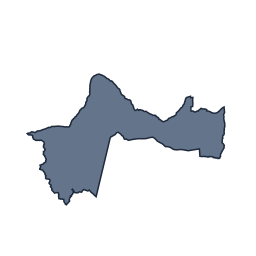 Luján de Cuyo, Mendoza, Argentina, rotated 339°
{"feature_id": "61730980B1211136539314", "entity_name": "Luján de Cuyo", "entity_type": "district", "adm_level": 2, "iso_a3": "ARG", "parent_name": "Argentina", "parent_adm1": "Mendoza", "projection": "albers", "projection_center": [-69.794, -33.006], "detail": "fine", "context": "isolated", "style": "filled", "palette": "slate", "viewbox_px": 256, "rotation_deg": 339, "n_neighbors": 0, "source": "geoboundaries", "source_scale": "gbopen_adm2", "svg_char_len": 5847}
<svg xmlns="http://www.w3.org/2000/svg" viewBox="0 0 256 256"><g transform="rotate(339 128 128)"><path d="M216.3,166.4L216.5,165.4L217.3,164.3L217.5,163.3L219.0,161.1L219.4,160.3L219.5,159.2L220.2,157.8L220.1,157.1L220.3,155.5L220.5,155.3L220.7,153.7L221.7,151.7L221.8,150.3L222.2,149.6L223.7,148.2L225.2,142.8L222.8,143.2L220.8,144.1L220.0,144.6L216.6,145.7L214.5,145.4L212.8,144.6L211.2,143.2L210.8,142.5L209.6,141.4L207.6,140.2L208.1,139.1L207.7,138.7L206.6,137.8L204.2,136.8L203.6,136.0L203.2,135.8L201.7,136.5L201.2,136.4L200.1,137.1L199.5,137.3L198.8,136.9L197.1,137.2L196.3,137.1L195.4,136.5L195.1,135.8L194.6,135.3L193.6,135.1L192.9,134.7L193.5,132.8L194.3,130.8L196.0,131.1L197.3,128.5L198.2,125.5L199.5,122.7L197.3,122.1L197.7,120.8L193.5,120.5L192.3,121.3L191.7,122.2L188.9,125.8L187.9,126.2L186.1,127.9L185.6,128.2L184.6,128.2L182.4,129.6L180.5,130.5L178.7,131.1L178.4,131.4L178.3,131.9L177.6,132.8L177.0,133.1L175.1,133.3L174.6,133.7L173.3,133.3L171.1,133.7L169.6,133.6L169.0,133.8L168.4,134.4L167.4,134.8L166.4,134.7L163.7,135.0L163.3,134.9L162.8,134.4L162.7,134.0L161.6,133.3L161.6,132.8L161.0,131.7L160.0,131.1L160.3,130.5L160.1,129.6L159.8,128.9L159.4,128.8L159.1,127.9L158.4,127.4L158.1,126.7L158.4,126.3L157.5,125.6L156.1,125.3L154.9,123.8L153.1,122.3L152.6,121.3L152.1,120.9L150.9,119.0L150.4,118.7L149.2,118.5L148.5,117.7L148.4,117.2L147.8,116.6L147.1,116.3L146.0,115.3L145.4,115.1L144.7,115.4L144.3,115.3L143.6,113.8L142.5,114.3L141.0,114.2L140.4,112.3L140.6,111.4L140.5,111.0L140.7,110.0L140.6,109.4L140.7,108.3L140.6,107.8L140.0,106.8L139.9,106.3L140.3,103.9L140.2,103.1L139.7,102.4L138.1,101.6L137.1,100.2L135.9,99.5L135.7,99.1L136.1,97.7L135.8,97.1L135.6,96.5L134.0,94.5L133.9,94.0L133.9,89.9L134.1,89.3L134.0,88.8L133.7,88.2L133.0,87.4L132.5,86.3L132.4,85.2L131.5,82.7L130.9,81.8L130.8,81.1L129.9,78.7L129.5,78.1L128.5,78.0L128.2,77.7L127.8,76.2L126.9,74.8L126.0,74.1L124.7,71.6L124.1,70.9L123.6,70.5L122.6,69.1L121.8,68.8L120.6,67.4L117.8,66.9L116.7,67.2L115.0,67.2L112.8,68.1L111.4,69.2L111.2,69.5L110.7,69.8L110.1,70.9L109.6,71.3L109.2,72.4L108.5,73.2L108.1,73.8L107.8,74.7L107.4,75.2L106.9,76.8L106.3,77.7L106.1,78.7L105.9,79.0L105.6,79.9L105.0,80.6L104.9,82.0L103.7,83.8L102.2,84.3L100.2,85.7L99.7,87.6L99.4,87.7L99.1,88.1L98.5,88.3L98.1,88.9L97.7,89.1L97.1,90.4L96.8,90.8L96.0,91.4L95.2,92.3L94.1,93.0L91.6,93.1L90.5,93.9L89.6,94.1L87.5,96.2L84.9,97.6L83.9,98.5L82.8,98.6L81.5,99.6L80.4,99.7L79.9,100.3L78.7,100.6L76.6,102.7L75.8,104.1L74.7,104.6L74.2,105.6L73.8,105.8L72.6,105.6L71.3,105.1L71.0,104.8L69.5,104.4L67.1,102.9L65.5,102.3L64.4,101.5L64.0,101.5L63.3,101.1L62.8,101.1L61.1,100.4L60.0,100.4L59.2,99.8L57.0,99.2L56.3,99.5L55.2,99.5L53.9,98.9L53.2,99.2L52.3,99.0L50.7,99.3L49.3,99.0L48.0,99.1L47.3,98.9L45.7,99.1L43.7,98.8L42.6,98.3L42.0,98.3L41.3,98.7L40.5,98.7L40.0,99.0L39.6,98.9L37.6,97.5L36.4,97.0L34.6,97.5L32.9,97.0L31.9,97.1L32.7,98.8L33.2,98.9L33.6,99.2L34.3,99.3L34.7,99.7L35.7,100.2L35.9,100.5L36.2,101.1L35.9,101.4L35.9,102.5L35.7,102.8L35.9,103.3L35.7,104.3L37.0,105.7L37.2,106.3L37.9,106.5L38.2,106.9L40.0,107.3L41.3,108.1L41.9,108.0L42.6,108.2L44.5,110.9L44.5,111.4L44.2,111.9L44.2,113.0L43.8,113.4L43.3,113.5L43.1,114.0L42.8,114.2L42.5,114.7L42.6,115.2L42.2,115.9L42.6,116.5L42.7,117.3L43.1,118.1L42.9,118.4L42.3,118.7L42.0,119.4L40.4,119.9L40.4,121.2L39.5,122.0L39.5,122.4L39.8,122.8L39.8,123.3L40.3,123.9L40.1,124.3L40.3,125.3L40.2,126.3L40.5,127.3L40.4,128.1L39.6,128.6L39.5,129.3L39.1,130.0L38.6,130.4L37.5,130.4L36.5,130.8L36.3,131.1L35.5,131.3L34.8,131.1L33.5,131.3L32.5,131.2L32.6,132.9L31.9,133.5L31.7,134.1L31.1,134.3L30.8,134.9L32.7,136.4L33.3,136.7L33.4,137.9L34.0,139.3L33.9,139.6L34.3,140.6L33.8,141.7L34.4,143.1L33.7,143.8L33.1,145.3L33.2,145.7L33.5,146.3L34.8,146.8L36.4,147.9L36.4,148.5L36.0,149.8L34.8,150.7L34.5,151.3L34.8,152.4L35.7,153.8L35.1,154.8L34.6,155.0L35.3,157.2L34.7,158.2L34.7,159.0L35.9,161.7L36.0,162.4L38.2,162.7L38.8,163.1L39.6,163.3L39.8,164.0L39.4,164.8L39.6,165.6L38.7,166.7L38.2,169.3L39.3,169.8L39.7,170.3L40.1,170.2L40.6,170.4L40.9,170.8L41.7,171.1L42.1,171.7L42.4,171.7L41.8,174.1L42.3,175.8L42.2,176.6L42.9,177.6L43.4,177.4L44.0,176.7L44.6,176.8L46.0,175.9L46.9,175.7L47.4,175.1L47.4,173.9L48.8,172.3L49.6,171.9L49.8,171.0L50.8,171.4L51.4,170.3L52.6,169.9L53.3,168.9L54.3,168.7L54.1,168.2L54.3,166.8L53.9,165.7L53.7,165.4L54.2,165.2L55.2,169.3L55.8,169.7L58.2,170.6L59.1,170.2L59.8,170.2L61.7,171.3L63.0,170.2L63.6,170.1L64.2,169.6L64.6,169.6L65.3,170.0L65.9,170.9L66.4,171.0L67.6,172.2L68.4,172.4L69.5,172.0L70.8,175.4L71.2,175.8L72.1,177.4L72.4,178.4L72.7,178.5L72.8,179.2L73.1,179.4L73.1,179.7L73.6,180.7L107.7,131.0L109.0,130.1L109.8,130.1L113.7,129.5L115.6,128.4L116.4,128.3L117.3,128.5L117.7,129.1L119.1,131.2L119.5,132.8L120.4,133.8L120.6,137.1L122.7,138.0L123.2,138.6L123.6,139.3L124.2,139.7L129.1,140.5L133.9,141.7L138.2,143.4L140.8,144.3L145.6,144.9L147.6,145.4L148.5,146.2L149.4,147.6L149.9,148.7L150.4,150.3L151.9,152.3L154.4,155.0L156.0,158.3L156.5,158.9L158.1,159.5L159.8,160.6L161.2,162.1L162.6,164.1L163.6,164.8L165.4,165.8L169.3,166.9L171.2,167.8L176.1,170.8L187.2,173.1L185.0,180.2L187.2,181.4L188.1,181.4L188.9,181.8L189.1,182.1L189.6,182.2L190.2,182.6L190.7,182.6L191.0,182.9L191.5,183.0L191.7,183.5L192.9,184.0L193.4,184.0L193.6,183.7L194.2,184.2L195.4,184.4L195.7,184.8L196.4,185.0L196.9,185.7L197.0,186.1L197.7,186.2L197.7,186.6L198.1,186.6L198.8,187.2L199.2,187.2L199.3,187.6L199.6,187.8L200.1,187.8L200.9,188.1L201.3,188.4L201.2,188.8L202.7,189.1L203.1,188.3L204.1,187.9L204.8,185.9L205.1,185.5L206.2,184.8L206.6,184.1L207.0,183.9L210.1,181.3L210.5,181.1L210.7,180.8L210.9,179.8L211.6,179.0L211.5,177.6L211.2,176.7L210.6,175.6L211.3,174.1L211.3,173.6L212.0,172.4L212.8,171.6L213.0,171.1L212.8,170.9L213.8,169.1L214.0,168.9L214.8,168.9L215.5,168.2L216.3,166.4Z" fill="#64748b" stroke="#1e293b" stroke-width="1.5"/></g></svg>